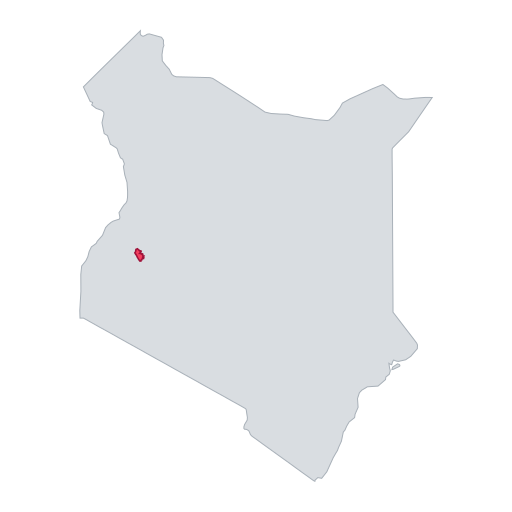 location of Kapseret, Rift Valley, Kenya
{"feature_id": "3690345B11020389245436", "entity_name": "Kapseret", "entity_type": "district", "adm_level": 2, "iso_a3": "KEN", "parent_name": "Kenya", "parent_adm1": "Rift Valley", "projection": "orthographic", "projection_center": [35.238, 0.421], "detail": "fine", "context": "in_parent", "style": "filled", "palette": "rose", "viewbox_px": 512, "rotation_deg": 0, "n_neighbors": 0, "source": "geoboundaries", "source_scale": "gbopen_adm2", "svg_char_len": 4792}
<svg xmlns="http://www.w3.org/2000/svg" viewBox="0 0 512 512"><path d="M80.0,318.1L79.8,310.6L80.9,291.4L80.8,274.5L81.7,266.0L85.9,260.7L87.8,256.8L89.2,251.4L91.4,246.9L96.3,243.3L97.2,241.3L102.5,235.3L105.6,227.6L108.0,224.9L110.9,222.5L113.0,221.2L116.5,220.0L119.2,219.2L119.6,218.6L119.9,217.4L119.0,212.6L120.1,211.0L122.0,207.8L124.1,204.8L126.0,202.9L127.0,200.9L127.5,197.6L127.6,195.2L127.6,191.3L127.0,182.4L124.8,175.0L123.4,166.6L124.4,163.9L122.6,159.0L121.8,158.8L120.4,157.7L118.5,153.1L117.2,148.9L116.3,147.9L110.4,144.2L107.5,135.6L104.2,133.6L102.4,125.1L102.0,122.6L103.9,114.1L103.7,112.1L101.7,110.3L96.2,108.4L91.7,104.9L92.3,103.7L92.6,102.4L90.2,101.5L83.4,86.9L92.2,78.1L101.2,69.2L112.7,57.9L123.2,47.6L132.3,38.7L140.4,30.7L140.2,32.2L140.3,34.3L141.3,35.5L143.0,36.3L145.3,35.4L147.3,34.2L149.3,33.9L161.5,37.3L163.5,40.2L163.4,43.3L163.9,45.5L163.0,47.8L162.0,54.6L162.3,60.9L165.9,65.6L169.2,69.2L171.8,74.4L173.7,75.9L176.4,76.8L184.8,77.0L197.2,77.3L209.1,77.6L210.2,77.7L212.7,78.4L223.8,85.4L233.8,91.7L242.4,97.2L250.7,102.6L258.7,107.8L265.0,112.1L271.1,113.5L281.1,114.1L288.0,114.3L294.4,116.1L303.9,117.8L311.0,118.7L315.3,119.6L327.2,120.6L329.1,120.1L334.3,115.3L340.1,107.4L342.4,103.1L349.9,98.9L363.2,92.9L372.5,88.7L382.9,84.5L387.7,88.1L394.2,94.0L397.2,96.9L399.5,98.2L403.0,99.0L407.4,99.1L409.7,98.9L414.5,98.2L425.7,97.4L432.2,97.5L426.8,105.3L420.4,114.6L408.6,131.8L399.5,140.9L392.7,147.8L392.1,149.0L392.1,156.6L392.3,175.3L392.5,212.6L392.7,249.9L392.9,287.3L393.0,305.9L393.0,312.2L399.0,320.0L404.9,327.7L412.7,337.8L416.8,343.3L417.5,345.1L417.3,348.7L410.8,356.3L405.6,359.8L398.5,361.4L396.4,361.1L393.6,360.0L392.5,361.9L391.7,364.7L390.1,364.1L388.9,363.3L389.6,368.3L390.3,370.8L389.3,374.2L385.8,377.1L385.5,379.6L378.0,386.1L367.4,386.8L361.9,390.1L359.4,392.7L357.5,398.5L358.1,407.3L355.1,414.2L354.6,417.6L349.1,422.0L346.7,426.1L344.9,430.2L343.3,432.0L341.4,441.2L338.8,446.9L338.1,448.7L337.5,450.4L335.5,453.7L334.2,456.0L333.3,457.5L326.8,471.8L321.7,478.3L317.8,477.6L315.1,480.1L314.9,481.3L313.5,480.6L310.2,478.2L303.5,473.4L296.7,468.5L290.0,463.6L283.2,458.7L276.5,453.9L269.7,449.0L262.9,444.1L256.2,439.2L252.2,436.4L250.5,434.7L249.1,431.3L248.4,430.5L246.6,429.4L244.5,429.2L243.9,428.5L243.9,426.9L244.6,424.5L247.2,420.1L247.4,417.4L246.9,414.4L246.2,409.6L245.5,408.6L241.0,406.0L231.6,400.8L222.2,395.5L212.8,390.3L203.3,385.0L193.9,379.7L184.5,374.5L175.0,369.2L165.6,363.9L156.2,358.7L146.7,353.4L137.3,348.1L127.9,342.9L118.4,337.6L109.0,332.3L99.5,327.1L90.1,321.8L86.6,319.8L83.4,318.1L80.0,318.1ZM393.5,369.2L391.9,369.6L392.7,367.1L397.6,363.8L399.5,364.6L399.9,365.3L399.8,366.0L399.0,366.6L393.5,369.2Z" fill="#d9dde1" stroke="#a8b0b8" stroke-width="1"/><path d="M141.0,251.1L140.9,251.2L140.8,250.9L140.7,250.9L140.4,250.8L140.2,250.9L139.9,250.8L139.7,250.8L139.7,250.7L139.4,250.6L139.2,250.5L139.2,250.4L139.1,250.2L138.9,250.0L138.8,249.9L138.7,249.9L138.6,249.7L138.4,249.6L138.2,249.5L138.2,249.4L138.0,249.2L137.9,249.0L137.9,248.9L138.0,248.9L137.9,248.9L137.7,248.7L137.4,248.7L137.2,248.8L136.9,249.0L136.7,249.0L136.4,249.2L136.4,249.3L136.3,249.5L136.2,249.5L135.9,249.5L135.9,249.8L135.8,250.0L135.8,250.3L135.7,250.5L135.7,250.8L135.7,251.2L135.6,251.3L135.6,251.5L135.4,252.0L135.1,252.4L135.0,252.6L134.8,252.8L134.9,253.0L135.0,253.0L135.1,253.3L135.2,253.5L135.3,253.6L135.4,253.8L135.5,253.9L135.5,254.0L135.7,254.3L135.8,254.3L135.8,254.5L136.0,254.6L136.0,254.8L136.2,255.0L136.3,255.0L136.5,255.3L136.6,255.5L136.7,255.8L136.8,255.9L136.8,256.0L136.9,256.3L137.0,256.4L137.0,256.5L137.1,256.8L137.2,257.0L137.3,257.0L137.4,257.3L137.5,257.5L137.8,258.0L138.0,258.3L138.2,258.6L138.3,258.7L138.3,258.9L138.4,259.0L138.5,259.1L138.6,259.3L138.7,259.5L138.9,259.7L139.0,259.8L139.1,260.1L139.2,260.3L139.4,260.5L139.6,260.8L139.7,261.0L139.8,261.0L140.0,261.3L140.1,261.5L140.1,261.4L140.2,261.2L140.3,261.2L140.5,260.9L140.6,261.0L140.8,261.0L141.0,261.0L141.0,260.8L141.0,260.7L140.9,260.6L140.9,260.3L141.2,260.1L141.4,259.8L141.9,259.8L142.0,259.4L142.2,258.8L142.4,258.3L142.4,258.2L142.5,258.0L142.6,258.3L142.8,258.4L142.9,258.5L143.0,258.6L143.3,258.6L143.4,258.4L143.4,258.5L143.5,258.5L143.5,258.4L143.7,258.2L143.7,257.9L143.8,257.6L143.9,257.2L143.6,257.0L143.3,256.9L143.5,256.7L143.7,256.3L143.4,256.4L143.3,256.5L143.2,256.5L143.0,256.4L142.9,256.4L142.9,256.1L142.9,255.7L143.0,255.3L142.7,255.3L142.3,254.6L142.5,254.2L142.6,253.9L142.2,253.7L141.8,253.6L141.7,253.7L141.6,253.9L141.5,254.1L141.1,253.9L140.9,253.5L140.8,253.3L140.3,253.2L140.1,253.5L139.8,253.4L139.7,253.4L139.8,253.3L140.5,251.8L140.5,251.6L140.5,251.4L140.6,251.5L140.9,251.8L141.0,251.7L141.2,251.3L141.2,251.2L141.0,251.1Z" fill="#f43f5e" stroke="#9f1239" stroke-width="1.5"/></svg>